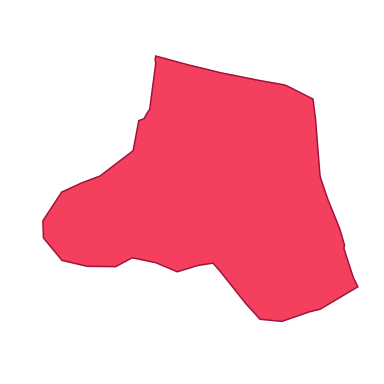 outline of Ngo-ketunjia, Nord-Ouest, Cameroon, rotated 263°
{"feature_id": "32672807B14234433619225", "entity_name": "Ngo-ketunjia", "entity_type": "district", "adm_level": 2, "iso_a3": "CMR", "parent_name": "Cameroon", "parent_adm1": "Nord-Ouest", "projection": "natural_earth1", "projection_center": [10.486, 5.994], "detail": "fine", "context": "isolated", "style": "filled", "palette": "rose", "viewbox_px": 384, "rotation_deg": 263, "n_neighbors": 0, "source": "geoboundaries", "source_scale": "gbopen_adm2", "svg_char_len": 732}
<svg xmlns="http://www.w3.org/2000/svg" viewBox="0 0 384 384"><g transform="rotate(263 192 192)"><path d="M139.9,54.7L131.0,79.0L127.2,107.0L134.0,124.7L126.2,147.5L114.6,167.7L118.4,189.0L118.8,204.2L109.7,210.4L74.8,231.7L57.4,244.0L52.6,265.4L58.6,293.2L60.1,305.0L77.7,345.1L87.4,341.7L117.3,335.9L120.8,336.9L137.7,334.1L168.4,325.9L190.4,321.3L193.4,321.1L221.8,322.3L248.6,323.5L269.5,323.4L285.3,299.9L287.0,296.8L294.9,271.2L307.1,234.3L308.8,229.9L318.8,203.4L321.5,196.8L331.4,172.6L328.2,171.6L323.8,171.6L279.3,160.1L275.0,156.4L270.6,153.3L269.4,147.9L240.2,138.6L220.6,105.2L219.1,102.6L214.4,83.3L207.8,62.6L181.6,40.5L164.6,38.9L154.4,45.4L139.9,54.7Z" fill="#f43f5e" stroke="#9f1239" stroke-width="1.5"/></g></svg>